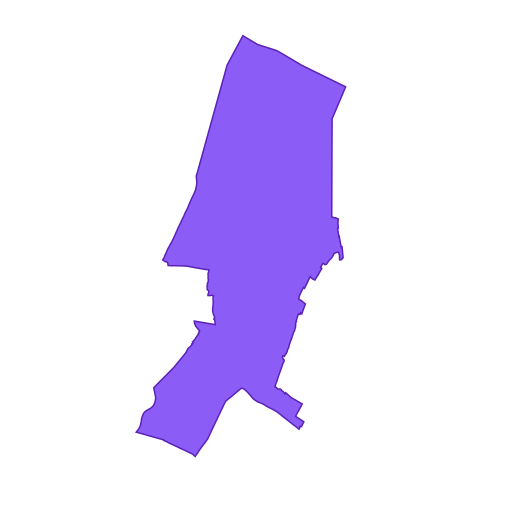 Castricum, Noord-Holland, Netherlands, rotated 105°
{"feature_id": "6326949B28698094502949", "entity_name": "Castricum", "entity_type": "district", "adm_level": 2, "iso_a3": "NLD", "parent_name": "Netherlands", "parent_adm1": "Noord-Holland", "projection": "natural_earth1", "projection_center": [4.708, 52.56], "detail": "fine", "context": "isolated", "style": "filled", "palette": "violet", "viewbox_px": 512, "rotation_deg": 105, "n_neighbors": 0, "source": "geoboundaries", "source_scale": "gbopen_adm2", "svg_char_len": 5947}
<svg xmlns="http://www.w3.org/2000/svg" viewBox="0 0 512 512"><g transform="rotate(105 256 256)"><path d="M403.7,166.9L400.6,176.3L389.9,173.7L388.5,173.4L386.9,173.1L386.0,176.6L383.6,185.5L380.4,191.9L381.0,192.0L381.8,192.4L381.7,192.6L381.2,193.1L380.8,193.4L380.2,194.3L379.8,195.1L379.7,195.5L379.5,195.9L379.3,196.2L378.5,197.2L378.4,197.5L378.2,198.1L378.2,198.7L378.7,199.7L378.8,200.2L378.8,200.4L378.7,200.7L378.2,201.6L377.8,202.4L377.7,202.6L377.5,203.0L377.4,203.8L373.9,203.7L371.3,203.4L366.5,203.2L360.4,202.7L357.9,202.5L355.3,202.3L353.5,202.2L352.2,202.1L351.3,201.8L350.5,201.7L350.2,201.6L349.9,201.7L349.6,201.8L349.1,202.1L348.8,202.4L348.0,203.5L347.2,204.1L345.6,204.4L345.4,203.9L345.3,203.4L345.4,203.2L345.7,202.8L345.6,202.7L343.8,202.1L341.7,201.4L340.4,201.2L339.0,201.3L337.2,201.0L336.0,200.7L333.5,200.9L330.6,200.7L329.9,200.7L328.6,200.5L326.3,200.2L324.2,200.2L322.5,200.0L320.3,200.0L319.2,199.7L317.4,199.4L316.9,199.5L314.8,199.4L314.3,199.4L314.1,199.5L313.6,199.6L311.3,200.1L310.0,200.3L309.6,200.3L308.6,200.0L308.3,200.4L308.2,200.4L304.6,200.3L301.0,200.0L301.1,198.4L299.3,198.3L300.1,196.8L289.5,195.9L287.9,199.6L287.5,200.6L287.4,200.6L287.3,200.9L287.4,201.0L286.4,203.7L282.9,203.7L281.6,203.5L279.6,203.2L274.5,202.1L274.2,202.1L274.7,200.8L267.5,199.3L267.4,199.5L262.0,198.3L263.0,196.5L263.6,195.1L263.7,194.6L264.0,192.9L262.2,192.4L258.4,191.3L258.5,191.2L257.5,190.9L253.7,190.0L251.0,189.2L250.9,189.2L250.8,189.3L250.6,189.9L250.5,190.7L250.4,190.8L248.8,190.3L245.7,189.5L246.0,188.8L246.1,188.0L246.5,186.9L246.0,186.1L245.8,185.9L242.9,184.8L241.6,184.3L240.7,183.9L240.1,183.5L239.2,182.9L236.7,181.9L233.2,181.2L232.9,180.6L231.9,179.4L231.3,178.5L231.1,177.8L231.0,177.3L231.1,177.2L233.1,175.9L233.7,175.6L236.5,174.7L237.2,174.6L237.5,174.5L238.1,174.2L237.6,172.8L236.6,172.1L235.2,171.4L229.2,173.6L225.6,175.0L224.8,175.3L224.6,175.5L225.1,176.2L215.6,180.6L216.0,180.9L208.3,184.3L207.8,183.7L203.8,185.1L202.9,185.6L202.7,185.6L202.3,185.5L202.1,185.5L200.3,186.0L199.8,186.1L199.0,186.0L198.9,186.1L198.7,188.0L198.6,188.6L198.5,189.1L198.6,189.5L198.7,190.3L198.7,190.7L198.7,191.1L198.7,191.8L198.6,193.0L103.8,218.0L69.4,213.2L69.1,214.8L64.4,238.7L60.0,260.9L52.3,288.7L51.3,309.3L46.6,325.7L79.0,333.3L194.0,334.3L193.9,334.4L194.3,334.4L197.4,333.3L199.3,332.5L200.5,332.1L202.4,331.8L205.0,331.6L207.6,331.5L208.3,331.5L212.8,332.2L215.0,332.6L219.4,333.4L220.6,333.6L221.3,333.6L221.8,333.7L223.8,334.1L225.0,334.2L226.7,334.4L227.7,334.5L230.1,335.1L233.7,335.8L235.0,335.9L235.4,335.9L239.5,336.8L239.9,336.8L242.0,337.2L243.0,337.3L246.2,338.0L247.0,338.0L248.5,338.5L249.8,338.6L259.3,340.1L261.1,340.4L261.8,340.6L262.9,340.8L264.2,341.0L266.6,341.7L270.4,342.6L271.0,342.8L272.3,343.1L276.7,343.7L278.4,344.1L281.5,344.3L283.0,344.8L283.7,345.1L284.0,345.1L284.2,344.5L284.7,343.0L285.0,342.4L285.0,342.2L284.9,341.6L284.7,341.3L284.7,341.0L284.7,340.8L285.1,340.2L285.3,339.8L286.0,339.2L286.4,339.0L287.3,338.7L288.0,338.4L287.3,335.6L287.3,334.9L287.2,334.7L286.9,334.0L286.6,332.7L284.3,323.3L284.2,323.0L284.2,322.5L284.1,322.0L283.9,321.5L283.7,320.4L283.1,312.5L283.0,312.1L283.1,311.7L283.0,311.2L282.9,310.8L282.9,310.2L282.1,301.7L282.0,300.4L281.7,299.1L281.5,298.3L281.5,297.9L284.2,297.7L285.2,297.8L288.3,296.9L289.6,296.6L290.2,296.4L290.6,296.3L290.8,295.9L291.9,295.8L292.9,295.6L293.8,295.5L294.2,295.8L294.6,295.9L295.0,295.8L295.9,295.6L296.7,295.5L296.9,295.4L296.9,295.5L297.0,295.6L298.9,295.1L299.7,294.8L300.8,294.6L301.1,294.4L301.3,294.1L301.5,293.8L301.7,293.0L301.8,292.8L302.2,292.5L302.3,292.3L305.4,292.4L306.6,292.2L306.4,290.8L306.3,290.4L306.1,290.0L305.6,289.3L305.5,289.0L305.4,288.4L305.4,287.8L305.5,286.9L305.8,287.0L305.9,286.9L306.0,286.9L306.8,286.8L309.2,286.2L311.1,285.5L314.4,284.8L318.2,284.2L319.1,284.0L321.5,283.1L323.2,282.1L324.4,281.2L324.5,281.1L325.9,280.1L327.3,280.1L327.6,280.2L327.7,280.4L327.9,280.3L327.6,279.9L328.7,279.3L329.0,279.0L332.8,277.7L333.5,284.6L334.8,298.8L337.1,297.8L337.0,297.6L338.2,297.0L339.0,296.3L339.4,296.0L340.6,294.5L341.5,293.2L341.9,292.7L342.7,291.1L343.5,291.1L343.9,291.3L343.9,291.2L344.2,291.2L344.4,291.0L346.7,291.8L346.8,291.5L349.3,292.5L350.8,293.1L351.2,293.1L351.4,293.1L351.9,293.3L353.4,294.1L354.1,294.2L355.2,295.1L355.3,294.9L355.5,294.6L355.7,294.4L355.9,294.3L356.1,294.4L356.3,294.5L356.5,294.4L356.8,294.4L357.0,294.5L356.9,294.6L357.0,294.7L357.2,295.1L357.4,295.1L357.7,295.3L357.8,295.3L359.0,295.1L359.6,295.6L360.4,295.9L360.7,296.1L361.9,297.1L362.9,297.7L363.7,297.9L366.7,298.5L367.7,298.8L384.7,306.4L409.7,320.7L418.6,316.3L419.0,316.2L420.1,316.0L422.5,315.8L423.3,315.8L424.5,315.9L424.8,315.9L427.3,316.5L428.1,316.9L428.8,317.3L430.2,318.3L433.3,321.5L434.1,322.2L435.1,322.9L435.9,323.3L436.6,323.7L438.2,324.1L441.8,324.4L442.9,324.4L445.0,324.1L447.9,323.9L449.9,323.9L450.7,323.9L452.2,324.2L453.7,324.7L454.7,325.0L455.9,325.6L457.2,326.1L457.2,319.9L457.4,307.7L457.5,297.8L457.8,297.9L458.0,297.4L458.4,295.2L458.5,294.1L458.9,292.7L459.1,291.9L460.0,286.7L460.1,286.2L460.4,284.4L460.6,282.9L460.8,282.4L461.0,281.1L461.5,278.8L461.6,277.9L461.7,277.2L461.8,276.8L462.2,274.3L462.8,271.2L463.0,270.2L463.1,269.3L463.7,266.3L464.0,265.6L465.4,262.9L463.8,262.4L462.0,261.7L457.0,260.0L452.4,258.2L450.4,257.3L446.2,255.7L445.0,255.3L442.4,254.9L436.6,253.8L431.5,252.9L406.2,248.2L404.8,247.9L403.9,247.5L403.0,246.9L400.8,245.4L398.6,243.7L393.1,239.9L389.6,237.4L388.2,236.5L387.7,235.8L387.5,235.2L387.4,234.5L387.4,233.6L388.9,230.5L389.5,229.3L392.5,224.8L394.2,222.5L395.0,221.0L395.7,219.0L396.3,217.2L396.6,216.0L396.8,212.9L397.1,211.5L397.5,209.7L398.2,207.6L398.5,206.5L399.1,203.7L399.4,202.2L399.9,200.0L400.9,196.1L401.3,194.8L403.5,189.8L404.3,188.0L406.4,183.1L409.3,176.4L410.1,174.2L411.7,170.6L412.2,169.6L408.9,169.1L409.0,167.9L403.7,166.9Z" fill="#8b5cf6" stroke="#5b21b6" stroke-width="1.5"/></g></svg>